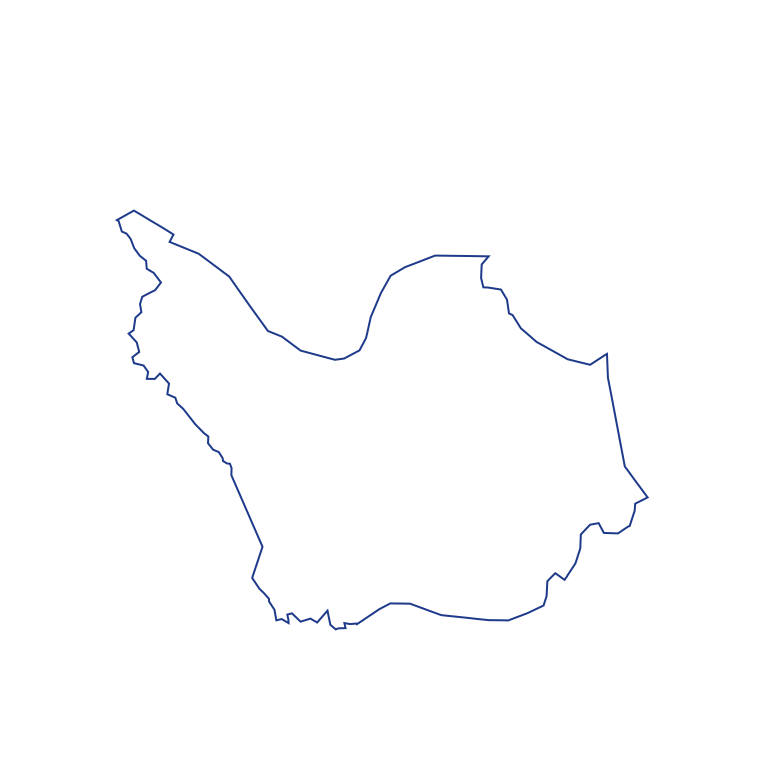 the district of Twan River, Nimba, Liberia, rotated 152°
{"feature_id": "62588387B61657259363442", "entity_name": "Twan River", "entity_type": "district", "adm_level": 2, "iso_a3": "LBR", "parent_name": "Liberia", "parent_adm1": "Nimba", "projection": "equal_earth", "projection_center": [-8.402, 7.088], "detail": "fine", "context": "isolated", "style": "outline", "palette": "blue", "viewbox_px": 768, "rotation_deg": 152, "n_neighbors": 0, "source": "geoboundaries", "source_scale": "gbopen_adm2", "svg_char_len": 2434}
<svg xmlns="http://www.w3.org/2000/svg" viewBox="0 0 768 768"><g transform="rotate(152 384 384)"><path d="M542.0,651.6L543.9,641.7L540.7,637.6L540.1,634.1L539.6,630.9L540.8,621.2L539.4,611.8L536.2,604.5L539.4,597.2L535.1,590.1L533.3,578.3L542.0,574.3L550.5,574.5L556.5,574.5L561.9,569.1L564.5,561.3L572.4,559.2L579.8,549.1L585.8,548.4L583.3,538.9L582.8,536.7L585.1,527.2L593.6,525.8L595.0,519.8L587.6,513.2L586.6,505.3L591.0,499.9L584.0,496.1L576.9,498.4L573.6,485.3L577.8,479.8L580.1,476.7L579.5,475.9L574.7,469.9L575.7,463.9L573.0,456.5L571.4,447.6L569.7,437.9L569.4,436.6L566.1,425.3L563.8,420.1L564.5,418.8L567.2,414.3L565.7,406.2L561.8,401.4L561.3,394.2L562.3,391.6L562.0,391.1L559.9,387.5L557.5,386.0L558.1,381.3L561.6,375.1L566.2,316.2L567.7,297.3L591.4,274.7L591.3,273.0L590.1,261.5L588.4,256.5L586.4,248.4L587.6,245.9L586.7,236.1L590.0,225.9L584.7,224.5L580.5,217.7L579.2,220.4L577.6,225.8L572.9,224.7L571.6,220.6L569.2,213.3L559.1,211.4L555.0,204.8L541.1,210.1L540.3,210.4L542.1,204.5L544.4,196.6L541.8,190.0L539.0,189.7L532.6,186.5L531.2,191.5L526.6,187.9L520.7,185.4L520.7,184.6L493.5,187.4L481.4,187.3L465.4,178.5L464.2,177.9L449.4,161.3L441.9,153.0L419.0,137.6L412.9,133.4L402.5,126.4L399.0,124.5L387.7,118.3L385.3,116.9L364.9,114.3L347.1,113.5L340.1,120.3L332.4,133.1L329.2,134.2L321.6,136.5L319.6,132.6L316.5,126.3L313.0,128.1L311.9,128.8L308.8,130.5L299.3,135.7L296.3,138.5L291.7,143.0L289.0,145.6L287.8,146.8L280.8,158.8L279.1,159.3L273.9,161.1L268.1,163.0L259.8,160.4L259.8,149.3L247.5,142.2L235.8,143.5L233.7,143.3L222.2,154.4L218.4,160.4L204.5,160.1L208.0,183.6L208.6,187.9L210.1,198.1L190.1,262.4L183.3,284.5L173.0,305.9L175.2,305.8L193.0,304.2L208.2,317.8L210.4,319.8L212.6,323.3L226.6,345.0L229.5,349.4L232.0,356.0L233.8,360.7L237.0,368.9L238.1,384.5L240.5,387.6L235.8,400.8L236.4,412.5L246.8,420.3L250.9,422.7L248.5,432.0L241.6,443.7L234.9,446.3L231.7,447.6L252.0,458.8L278.6,473.4L282.8,473.9L303.5,476.4L310.5,477.3L327.3,476.5L344.1,465.7L354.9,456.9L364.3,449.3L375.2,436.5L378.3,433.0L389.8,425.2L407.2,425.2L415.9,428.4L422.1,434.1L441.9,452.6L444.4,457.8L451.8,473.6L452.6,474.6L461.6,485.3L463.7,500.5L465.6,514.2L467.2,527.1L468.1,534.0L468.5,537.2L470.2,551.6L473.2,557.8L473.6,558.7L481.4,575.3L485.1,583.1L486.4,585.9L506.6,610.1L499.7,614.8L505.5,624.9L517.0,643.9L518.2,646.0L523.4,654.5L529.8,654.4L542.9,654.1L541.8,652.4L542.0,651.6Z" fill="none" stroke="#1e3a8a" stroke-width="2"/></g></svg>